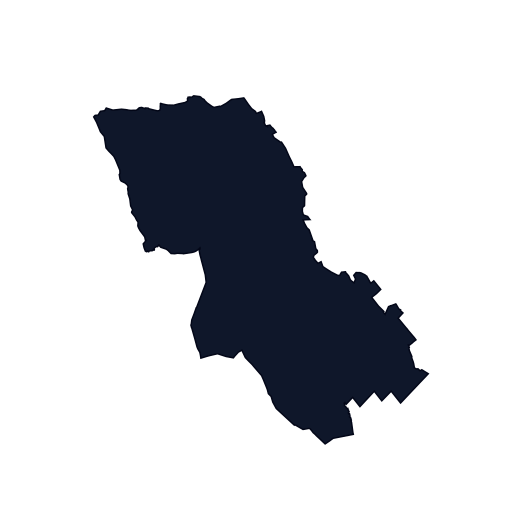 Jaunlutriņu pag., Saldus, Latvia, rotated 240°
{"feature_id": "27541924B81065833058095", "entity_name": "Jaunlutriņu pag.", "entity_type": "district", "adm_level": 2, "iso_a3": "LVA", "parent_name": "Latvia", "parent_adm1": "Saldus", "projection": "robinson", "projection_center": [22.356, 56.804], "detail": "fine", "context": "isolated", "style": "filled", "palette": "ink", "viewbox_px": 512, "rotation_deg": 240, "n_neighbors": 0, "source": "geoboundaries", "source_scale": "gbopen_adm2", "svg_char_len": 5877}
<svg xmlns="http://www.w3.org/2000/svg" viewBox="0 0 512 512"><g transform="rotate(240 256 256)"><path d="M232.7,168.4L229.5,166.0L228.7,165.1L226.2,164.4L226.1,164.5L214.6,161.6L206.8,159.5L204.7,159.2L200.6,159.2L197.9,158.3L195.1,157.2L193.7,163.3L192.9,166.3L190.9,172.9L190.4,174.1L190.2,174.2L183.9,179.9L179.1,185.5L179.9,187.4L181.6,192.7L181.5,196.7L173.4,196.0L168.5,197.2L164.1,198.4L160.6,199.0L151.1,200.8L149.8,201.1L145.3,200.6L136.7,199.4L134.4,199.0L130.6,197.9L126.4,199.0L126.0,198.7L125.9,198.7L121.1,197.5L113.8,197.3L90.4,204.6L90.6,205.2L82.3,210.0L80.3,215.5L79.4,216.5L79.1,216.5L76.8,216.9L74.3,217.2L73.6,217.5L70.8,218.4L70.6,218.3L67.1,219.4L58.7,221.9L59.1,227.5L59.6,231.6L52.9,251.1L54.8,251.7L64.5,255.7L64.5,255.8L64.6,255.6L64.8,255.6L65.2,255.9L65.9,255.8L66.2,256.5L66.8,256.5L67.1,256.7L67.3,256.7L67.5,256.6L68.0,257.0L68.7,256.8L68.9,257.0L69.0,257.1L69.7,256.6L70.0,256.5L70.2,257.1L70.5,257.4L71.0,257.6L71.8,257.7L72.0,258.0L72.3,258.1L72.6,258.1L72.6,257.7L73.0,257.3L74.0,257.6L74.1,257.8L74.1,258.0L74.6,258.5L74.7,258.8L75.0,258.8L75.8,258.6L76.2,259.0L76.7,258.8L77.0,259.0L77.7,259.2L77.6,258.8L77.7,258.7L78.5,258.9L79.3,258.3L79.8,258.4L80.1,258.2L80.4,258.2L80.7,258.4L81.0,258.3L81.5,257.9L82.2,257.8L82.5,257.9L83.3,258.5L83.4,258.9L84.5,258.7L84.8,259.8L82.5,259.9L85.2,269.0L73.6,270.7L79.8,290.8L67.7,292.5L71.4,305.5L56.4,307.7L64.1,333.4L67.9,346.3L74.6,342.7L74.6,340.7L77.3,339.9L77.9,338.5L79.9,337.2L80.9,337.6L83.9,338.7L85.8,339.2L89.9,339.9L91.0,340.7L97.4,341.5L100.3,342.5L100.2,343.0L102.7,343.5L102.1,344.4L102.6,347.8L103.0,349.5L103.4,352.6L106.0,352.3L115.3,350.6L117.2,350.4L119.1,350.0L131.1,348.0L133.2,354.8L136.4,353.8L137.0,354.3L138.8,353.2L144.4,353.2L144.6,353.1L145.4,348.2L145.5,348.0L145.4,348.0L145.9,345.5L140.9,338.6L143.9,338.2L144.1,339.0L151.4,337.0L162.3,335.5L162.5,336.6L163.2,341.5L164.7,347.3L175.6,345.6L175.0,341.9L175.0,341.7L183.0,341.8L183.0,341.7L184.5,341.2L185.4,340.8L186.7,339.9L188.7,338.6L189.7,337.6L191.6,334.4L190.4,331.0L186.3,330.7L183.7,327.5L186.9,326.1L188.4,325.8L192.4,326.3L194.6,325.9L196.7,325.4L197.6,325.6L197.7,325.4L198.3,324.0L199.2,322.0L198.3,320.3L198.2,320.3L197.3,318.6L198.5,317.0L204.5,313.1L210.1,310.2L213.4,308.6L218.5,309.5L218.6,307.2L218.7,306.7L218.7,305.9L221.0,305.6L221.6,305.4L223.7,305.0L223.8,305.2L226.0,304.9L226.8,305.6L227.4,306.2L227.7,306.6L227.8,307.3L228.2,309.8L228.4,310.6L228.6,311.1L229.5,311.6L230.2,311.9L231.9,311.5L232.9,311.6L239.1,313.8L241.3,312.6L242.0,312.8L241.9,313.2L252.0,315.1L255.0,314.2L260.0,314.3L263.7,314.9L260.6,320.9L261.1,320.8L264.2,320.5L264.4,320.5L267.1,318.2L267.9,317.7L268.2,317.6L268.6,317.7L271.6,318.5L274.6,320.4L274.9,321.3L275.2,323.0L275.5,323.3L283.4,328.1L283.7,328.6L284.2,330.7L284.6,331.0L285.0,331.1L292.1,330.7L297.7,332.7L299.9,336.8L300.3,338.9L300.4,339.0L300.5,339.3L300.8,339.4L303.8,339.6L304.1,339.5L305.5,338.7L306.3,338.5L306.6,338.5L307.5,339.2L307.9,339.2L309.5,338.9L310.9,338.7L311.3,338.8L314.3,333.4L315.6,333.6L320.1,334.1L325.3,334.4L334.5,335.4L341.9,335.0L342.3,334.1L349.4,330.8L352.3,330.9L353.2,331.0L353.2,334.7L353.1,335.2L354.1,335.2L354.3,335.0L355.5,334.9L355.8,335.0L357.1,334.7L358.0,334.6L358.3,334.5L358.5,334.3L360.2,333.8L362.4,333.5L363.5,330.1L363.1,330.1L364.0,329.5L365.0,329.5L367.2,329.7L367.1,329.8L368.9,331.1L373.0,332.5L378.5,333.1L378.5,332.7L378.8,330.6L379.1,328.4L379.4,327.6L381.4,327.8L385.8,325.9L390.9,325.2L397.3,324.7L399.0,324.5L400.9,319.6L402.4,316.2L403.7,313.4L403.8,312.9L403.1,306.5L403.2,299.9L403.8,299.6L405.7,293.9L407.7,292.6L413.0,290.2L415.9,289.4L417.5,289.3L419.8,287.9L421.0,287.7L421.6,287.3L422.1,287.1L425.5,282.6L425.9,281.9L425.6,279.8L426.3,278.9L426.6,278.4L426.4,278.2L426.6,277.9L427.0,277.7L427.5,276.5L427.4,276.4L427.0,276.3L426.6,275.3L424.4,274.3L424.4,271.3L426.5,264.8L427.7,260.2L430.7,255.3L431.6,254.1L435.6,249.8L435.6,249.4L435.8,249.5L435.8,249.4L434.9,248.9L433.0,247.6L431.7,247.0L430.6,245.9L430.4,245.6L430.5,244.3L431.0,243.2L433.5,240.5L437.1,236.8L437.9,236.6L439.6,234.1L439.1,233.5L440.0,232.8L441.8,231.3L442.6,229.4L442.7,228.7L442.6,228.2L442.4,228.0L442.5,228.0L442.0,225.3L443.0,223.5L443.4,222.9L444.6,220.5L444.9,220.1L446.0,218.6L446.9,217.6L447.8,216.5L450.4,212.9L453.9,205.0L459.0,200.3L457.5,197.6L459.1,193.6L457.0,189.8L457.0,189.6L458.2,187.1L458.2,186.9L458.1,186.4L457.6,185.0L451.5,184.8L444.0,183.8L441.5,183.4L435.4,184.4L424.6,180.2L420.3,181.0L417.3,181.8L413.4,182.7L409.6,182.5L398.4,181.0L396.1,179.8L395.8,179.5L395.3,179.3L394.9,178.3L390.3,176.6L388.3,176.7L384.8,179.1L382.5,179.9L381.2,180.1L379.6,179.8L378.8,178.7L377.5,178.1L375.2,177.3L373.8,176.4L368.6,175.3L362.0,172.5L358.3,172.3L357.6,172.1L357.4,172.0L356.5,170.5L355.7,170.0L350.5,170.8L346.8,170.6L344.5,170.8L343.8,170.5L341.1,168.7L339.2,168.4L336.0,168.3L328.2,169.2L325.8,168.4L325.1,168.6L325.2,168.3L325.0,168.1L324.4,168.2L323.9,167.4L322.9,164.4L319.1,163.2L315.9,162.7L315.9,162.8L315.1,162.9L314.4,163.4L314.4,163.7L314.6,164.2L314.5,164.5L314.3,164.6L313.9,164.7L313.5,164.9L313.3,165.2L313.3,165.4L313.6,165.8L313.7,166.2L313.6,166.9L313.0,167.6L312.7,168.5L312.8,168.7L312.7,168.9L312.5,169.0L312.4,169.1L312.5,169.4L312.5,169.9L312.8,170.3L312.5,170.5L312.1,170.6L312.0,170.8L312.2,171.1L312.4,171.2L312.9,171.2L313.1,171.3L313.5,171.7L313.8,172.3L313.8,172.5L314.1,173.7L313.5,175.4L313.3,175.5L313.4,175.8L314.1,177.2L314.1,177.5L313.6,177.5L312.1,177.7L311.2,177.9L306.7,181.8L304.4,182.8L304.1,182.8L300.6,183.7L298.6,186.8L297.6,189.5L297.4,189.7L294.5,194.2L294.3,194.2L291.1,202.3L290.5,204.5L290.3,206.3L290.4,207.5L290.5,208.5L291.2,211.6L290.5,211.5L290.2,211.2L289.3,209.6L285.0,208.1L281.2,207.1L279.9,206.7L265.1,202.7L258.6,199.9L257.9,199.5L241.0,178.7L241.1,178.4L237.1,173.8L232.7,168.4Z" fill="#0f172a" stroke="#020617" stroke-width="1.5"/></g></svg>